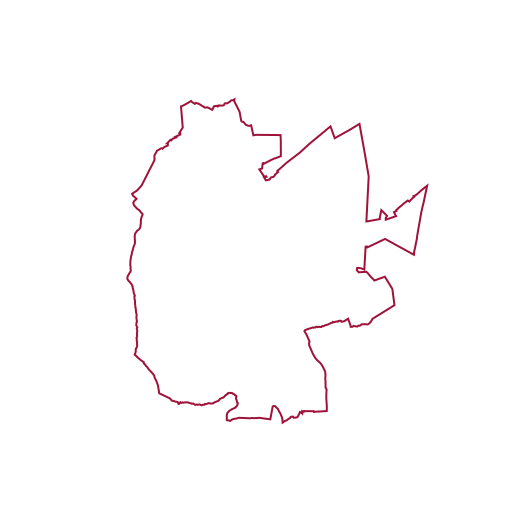 outline of Soltepec, Puebla, Mexico, rotated 38°
{"feature_id": "50627088B13835077338530", "entity_name": "Soltepec", "entity_type": "district", "adm_level": 2, "iso_a3": "MEX", "parent_name": "Mexico", "parent_adm1": "Puebla", "projection": "robinson", "projection_center": [-97.741, 19.123], "detail": "fine", "context": "isolated", "style": "outline", "palette": "rose", "viewbox_px": 512, "rotation_deg": 38, "n_neighbors": 0, "source": "geoboundaries", "source_scale": "gbopen_adm2", "svg_char_len": 6137}
<svg xmlns="http://www.w3.org/2000/svg" viewBox="0 0 512 512"><g transform="rotate(38 256 256)"><path d="M256.2,88.2L252.1,99.1L245.5,114.7L234.9,108.0L228.9,135.3L226.9,147.5L222.7,163.7L221.1,172.5L220.4,176.0L221.7,176.3L220.8,180.1L221.1,180.4L221.2,181.5L221.1,182.8L219.4,184.9L219.6,187.5L219.2,187.6L218.7,188.6L217.2,190.3L213.8,189.0L215.5,187.1L214.9,186.9L213.6,188.4L205.3,185.7L206.9,183.3L204.2,178.8L204.6,178.2L205.4,178.4L208.9,170.8L210.7,167.4L211.1,167.2L214.1,162.0L204.4,149.7L200.9,145.6L181.7,160.3L179.6,162.5L171.7,156.0L170.3,157.9L169.1,158.4L168.6,158.4L167.1,158.9L164.4,158.2L163.4,158.2L161.8,158.9L160.8,158.3L154.3,152.5L143.6,147.4L142.5,145.8L141.9,147.4L140.6,148.7L140.3,150.9L139.2,153.6L137.6,154.7L137.5,155.4L137.8,156.9L137.1,158.0L134.9,159.8L134.3,159.9L133.7,160.7L133.9,160.8L134.1,161.2L133.7,161.8L132.3,162.1L131.0,163.5L130.8,164.0L130.9,164.5L130.8,164.8L131.2,165.5L131.5,167.8L126.3,168.7L125.6,169.3L124.6,170.5L122.9,170.7L122.5,170.5L122.0,170.8L120.2,171.0L119.4,170.9L119.2,171.0L117.7,171.3L117.1,171.2L116.9,171.5L114.5,172.2L114.2,173.7L111.1,174.1L109.4,173.8L107.8,178.1L106.0,182.2L104.8,184.3L119.2,199.9L119.8,206.1L120.4,205.6L121.6,206.8L119.0,211.9L120.0,211.9L118.2,214.7L118.1,216.1L118.1,217.0L117.1,217.1L116.6,221.8L117.1,221.4L118.5,223.2L116.6,226.7L116.3,229.0L115.7,229.0L114.9,229.6L114.5,230.5L113.9,232.5L113.1,234.0L113.5,235.7L113.9,238.5L114.3,239.7L116.7,242.5L117.2,244.0L122.4,270.7L122.2,274.7L121.9,277.9L120.3,282.4L120.1,283.4L122.5,284.3L123.6,284.2L126.7,284.5L126.2,287.8L126.5,289.6L128.5,291.1L133.0,291.9L136.7,291.9L137.8,292.3L140.9,292.8L141.3,293.7L141.9,296.0L142.9,298.1L143.4,299.0L144.3,300.0L145.6,302.0L146.0,302.9L146.6,303.6L147.1,304.6L147.4,305.8L147.4,306.5L147.3,307.5L146.8,309.3L146.8,310.2L147.0,312.8L147.2,313.4L148.6,315.6L152.2,319.7L152.8,320.7L153.1,321.3L153.8,324.0L155.2,327.1L156.1,329.7L157.0,331.1L157.9,333.4L160.1,337.3L161.4,339.0L162.0,339.9L164.1,342.1L165.2,343.5L166.5,344.8L167.3,350.9L168.2,352.6L169.0,353.4L170.8,354.0L173.2,354.3L176.1,355.2L177.9,356.3L178.3,357.0L180.0,358.0L180.6,358.8L181.7,359.6L182.6,360.6L184.9,361.8L185.1,362.1L185.0,362.5L185.1,362.8L186.3,364.2L188.2,365.8L190.0,368.0L191.9,369.9L192.7,370.9L193.4,371.2L195.7,373.8L198.3,376.0L199.6,378.1L201.6,380.1L202.6,381.0L202.9,382.1L204.1,384.1L204.5,384.4L206.5,385.4L206.6,386.4L206.9,386.8L208.7,388.2L209.0,389.0L210.3,390.9L211.8,392.5L212.1,393.2L212.1,393.8L212.2,394.1L213.0,394.6L214.1,396.1L215.3,397.0L216.2,398.3L217.7,400.0L218.3,401.5L218.5,403.1L218.9,403.9L219.9,405.1L220.6,406.5L220.9,407.8L221.3,408.6L221.8,408.6L222.8,408.4L224.6,408.8L225.2,408.7L225.7,408.9L226.7,408.8L228.5,409.0L233.0,408.8L233.7,409.7L235.3,409.9L235.6,409.7L236.7,410.3L238.4,410.5L242.0,411.5L244.8,411.8L249.2,412.8L251.4,414.5L254.0,415.6L258.5,418.4L264.3,423.8L275.8,421.2L278.9,421.8L280.0,421.1L282.3,420.3L284.0,419.3L284.9,419.5L286.0,420.3L286.4,420.0L286.3,418.6L286.4,418.0L286.9,418.2L287.4,417.9L288.0,416.7L288.9,416.5L290.5,414.7L291.2,414.3L292.1,413.5L292.9,413.1L294.5,412.7L295.6,412.0L296.5,411.9L297.0,411.2L297.5,410.9L299.8,410.8L300.3,409.9L300.8,409.5L301.3,409.4L301.6,409.2L302.8,407.8L303.8,407.4L304.9,407.3L305.7,406.0L306.3,405.3L307.0,404.9L307.0,404.0L307.8,403.4L309.5,400.9L311.4,400.1L312.4,398.9L312.9,398.6L313.2,397.3L313.8,396.1L315.6,393.2L315.6,390.7L315.9,390.3L316.3,389.2L317.3,387.9L317.3,387.3L317.7,386.2L317.6,385.2L317.8,384.2L318.5,382.3L318.2,382.1L318.4,381.3L319.4,380.1L320.6,379.5L321.3,378.7L322.3,378.8L323.5,378.4L324.7,378.5L325.2,378.7L325.6,378.6L325.9,378.3L326.8,378.4L327.2,379.0L327.6,380.1L328.1,380.8L328.8,381.1L331.4,383.0L332.3,383.1L332.8,384.2L333.2,386.3L333.2,386.9L332.9,387.7L333.1,388.2L331.4,391.5L330.3,394.4L330.2,395.2L330.1,397.5L331.0,399.5L331.7,400.3L334.0,403.3L334.6,403.1L336.3,402.0L337.0,402.0L337.3,401.7L337.8,399.6L338.5,398.4L341.4,395.3L341.9,394.2L351.0,387.7L352.6,386.1L354.5,384.8L356.3,383.3L358.2,381.5L367.8,375.9L361.8,364.3L362.4,363.2L363.8,362.5L365.1,362.8L367.3,363.0L368.2,363.3L369.0,363.9L372.1,365.1L376.4,367.5L377.0,368.3L377.7,368.7L378.8,370.1L379.5,370.9L380.5,367.9L381.4,366.6L381.7,364.9L382.5,363.0L382.5,361.3L383.9,359.8L385.3,360.2L387.0,358.7L387.9,357.4L387.2,353.6L386.6,351.9L387.6,351.6L389.4,351.7L387.9,349.8L389.5,349.4L389.3,348.7L397.1,342.7L397.7,343.2L399.7,341.2L400.9,340.1L401.1,340.1L407.2,334.6L404.4,330.9L398.7,324.5L395.5,320.2L393.8,317.7L391.9,316.9L387.6,311.6L386.0,309.9L383.9,306.8L381.5,304.4L377.9,302.6L374.1,301.1L371.8,300.6L369.0,300.5L365.9,300.0L361.1,298.1L353.0,293.7L351.5,292.1L350.9,290.5L345.3,287.4L342.0,286.0L340.5,285.5L340.2,284.5L341.5,282.1L342.2,281.2L342.5,280.5L342.9,280.0L343.3,279.7L344.7,277.4L345.4,277.2L345.7,276.6L346.7,275.9L346.9,274.9L347.1,274.6L348.3,274.1L348.9,273.3L351.2,271.8L351.3,270.5L352.4,269.8L352.9,268.3L354.7,266.0L356.5,262.3L357.2,261.5L357.3,261.2L357.2,260.5L358.2,260.3L359.5,258.3L360.6,257.6L360.8,256.7L361.3,256.6L361.6,255.6L362.9,254.8L363.8,255.2L365.0,254.0L365.8,252.6L367.2,248.7L373.6,252.8L374.2,253.5L375.5,252.5L375.7,252.2L375.9,251.0L379.0,249.5L379.3,249.1L379.5,248.0L379.9,247.5L380.4,247.4L380.8,246.9L381.2,245.5L381.2,244.9L384.4,242.2L385.5,241.7L386.2,241.0L386.7,239.8L387.0,237.5L386.5,233.7L395.4,209.5L383.7,198.0L370.3,193.0L364.3,202.5L363.0,202.1L359.5,201.8L354.7,200.7L352.7,200.5L347.0,205.6L344.0,205.0L343.9,204.4L343.1,203.3L344.2,202.2L345.8,201.3L347.6,200.6L349.7,200.0L336.6,181.1L337.6,180.2L338.5,180.6L347.2,163.1L379.7,157.8L378.8,156.3L378.6,156.4L377.6,154.5L376.7,152.5L371.9,142.9L371.0,141.6L366.9,134.0L359.2,119.5L356.9,114.7L355.5,111.4L347.6,95.3L346.3,100.3L346.1,101.8L345.8,102.6L345.0,107.5L344.4,109.8L343.3,111.8L344.2,111.9L343.6,114.9L343.3,118.8L341.5,118.8L341.0,120.2L340.8,121.3L340.1,123.6L339.6,126.7L339.0,129.0L338.3,133.7L338.9,134.0L337.7,136.5L341.8,138.4L335.9,147.5L334.8,146.2L334.6,143.7L326.5,142.7L330.5,150.7L330.7,150.8L322.3,160.3L321.7,160.8L295.8,123.9L278.9,108.5L256.2,88.2Z" fill="none" stroke="#9f1239" stroke-width="2"/></g></svg>